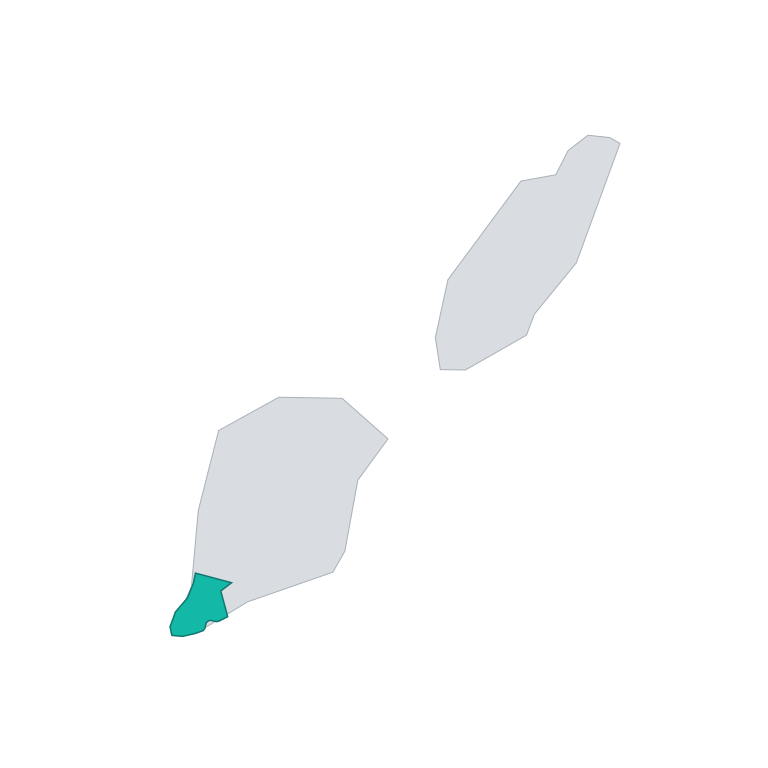 Vaisigano highlighted on a map of Samoa, rotated 290°
{"feature_id": "WSM-4992", "entity_name": "Vaisigano", "entity_type": "state/province", "adm_level": 1, "iso_a3": "WSM", "parent_name": "Samoa", "parent_adm1": "", "projection": "albers", "projection_center": [-172.717, -13.564], "detail": "fine", "context": "in_parent", "style": "filled", "palette": "teal", "viewbox_px": 768, "rotation_deg": 290, "n_neighbors": 0, "source": "natural_earth", "source_scale": "10m", "svg_char_len": 776}
<svg xmlns="http://www.w3.org/2000/svg" viewBox="0 0 768 768"><g transform="rotate(290 384 384)"><path d="M283.7,244.5L335.6,289.7L356.2,349.5L333.8,406.5L284.7,392.3L213.4,404.4L189.7,400.3L132.6,330.2L93.0,298.6L77.0,269.0L127.6,272.4L201.3,252.8L283.7,244.5ZM690.7,523.5L563.7,523.3L501.0,501.4L478.7,501.2L425.0,455.7L416.8,432.0L445.1,416.4L503.9,408.4L621.6,443.3L639.3,473.8L666.5,477.2L687.5,490.6L692.8,512.0L690.7,523.5Z" fill="#d9dde1" stroke="#a8b0b8" stroke-width="1"/><path d="M111.9,316.7L104.8,310.1L103.3,307.7L102.8,302.7L101.6,300.1L99.0,298.7L92.8,299.2L90.4,298.4L85.1,292.1L78.0,281.1L75.2,270.7L82.6,266.0L98.5,266.0L115.8,272.5L131.5,273.0L141.8,271.5L145.1,308.7L133.7,301.4L111.9,316.7Z" fill="#14b8a6" stroke="#0f766e" stroke-width="1.5"/></g></svg>